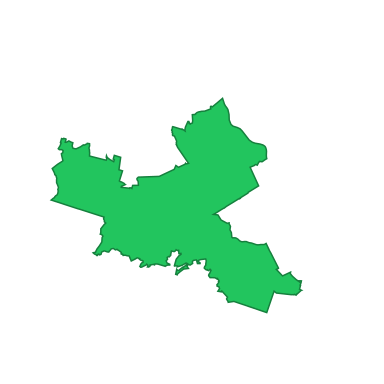 outline of Cenu pag., Ozolnieku, Latvia, rotated 205°
{"feature_id": "27541924B81611305918956", "entity_name": "Cenu pag.", "entity_type": "district", "adm_level": 2, "iso_a3": "LVA", "parent_name": "Latvia", "parent_adm1": "Ozolnieku", "projection": "orthographic", "projection_center": [23.864, 56.687], "detail": "fine", "context": "isolated", "style": "filled", "palette": "green", "viewbox_px": 384, "rotation_deg": 205, "n_neighbors": 0, "source": "geoboundaries", "source_scale": "gbopen_adm2", "svg_char_len": 6058}
<svg xmlns="http://www.w3.org/2000/svg" viewBox="0 0 384 384"><g transform="rotate(205 192 192)"><path d="M140.8,214.7L140.9,215.5L134.2,225.7L149.8,239.0L146.6,242.5L146.6,242.9L145.8,243.9L144.2,243.9L144.1,246.4L143.8,247.8L143.8,248.2L141.3,249.0L140.4,250.4L139.8,251.6L138.3,253.8L139.3,255.1L140.2,256.8L141.7,260.4L142.7,262.0L144.2,263.6L145.2,264.2L146.6,264.5L147.7,264.6L150.7,264.2L155.4,262.9L158.3,262.6L162.0,263.2L172.5,268.6L175.2,269.6L178.2,269.6L182.6,269.0L185.2,269.7L188.7,273.0L191.2,277.9L194.3,281.9L195.9,283.0L198.2,284.2L199.8,285.4L203.9,289.8L209.5,277.8L211.0,277.8L211.3,277.3L210.8,276.1L210.1,275.3L214.6,270.7L217.9,268.9L218.1,268.5L218.9,268.1L219.8,267.4L221.0,266.2L221.9,264.3L221.7,264.1L222.1,263.5L222.9,263.0L223.7,262.7L224.4,262.2L221.5,256.9L220.8,254.6L222.2,253.4L222.2,252.9L223.3,252.8L223.8,253.1L223.8,253.8L224.7,254.6L225.5,254.2L225.4,248.0L224.6,245.0L224.1,244.4L227.6,244.9L227.6,244.4L228.0,244.4L235.3,243.4L237.1,243.1L237.2,242.8L236.5,240.2L236.7,239.7L236.5,239.3L235.4,238.6L235.3,238.2L235.3,237.7L235.1,237.5L234.0,236.6L234.0,235.9L233.7,235.3L233.0,235.0L232.2,235.2L231.5,235.2L228.5,232.6L227.4,231.5L227.1,230.7L227.2,230.3L226.2,228.6L225.4,227.8L225.6,227.8L223.8,226.3L207.2,216.5L209.0,215.1L209.3,215.0L210.0,215.3L210.0,214.5L210.3,213.9L214.7,208.7L217.8,209.2L217.7,205.0L228.3,192.3L246.9,182.8L247.6,181.0L247.0,179.9L245.3,178.9L243.4,175.4L248.6,172.9L248.0,169.8L248.9,170.0L250.2,169.5L250.2,168.8L250.8,168.8L258.1,166.3L258.4,167.3L255.7,170.4L256.0,170.4L256.5,170.9L257.1,171.1L260.1,171.3L261.4,171.1L262.5,171.3L263.9,181.8L267.6,181.3L271.3,193.3L277.9,192.4L277.3,188.5L276.1,188.5L275.8,186.4L280.2,186.7L283.5,187.5L284.8,188.7L284.4,187.2L283.5,186.6L283.2,184.5L300.1,181.3L300.3,181.9L300.9,183.1L301.2,184.2L301.7,184.8L302.8,186.9L304.0,188.3L304.3,190.6L305.3,192.5L307.3,191.9L307.2,191.7L309.6,188.8L310.4,188.8L312.1,185.9L315.3,182.1L318.3,181.3L320.1,183.1L320.8,186.3L323.1,186.1L324.8,186.3L325.6,186.0L325.8,185.3L327.2,183.7L327.9,183.5L328.5,186.7L328.7,186.8L331.0,186.4L331.4,185.5L332.8,185.3L332.1,181.1L331.3,181.0L331.1,178.3L331.5,174.7L330.1,174.3L328.1,175.3L326.4,175.1L325.7,172.9L326.6,171.6L326.0,170.6L322.2,165.8L322.4,165.2L325.6,160.2L328.6,154.2L324.8,151.2L323.6,149.7L322.0,149.3L321.6,148.5L320.4,147.4L319.9,145.8L318.6,143.1L317.8,142.5L315.1,139.9L314.9,139.4L314.6,137.4L313.8,136.6L313.1,134.3L313.0,132.5L313.9,131.0L314.3,129.9L314.3,128.7L314.9,128.0L316.2,125.2L288.3,128.6L286.6,128.9L261.2,132.1L260.8,130.3L259.3,129.1L258.9,128.0L257.1,127.4L257.9,125.2L259.1,120.1L257.6,116.9L257.3,115.0L256.0,115.3L254.1,114.4L254.2,112.7L252.6,108.6L253.2,103.9L254.0,100.3L254.1,98.0L253.9,96.6L255.2,95.8L255.9,95.1L254.2,94.6L252.1,94.6L251.4,94.2L251.0,94.4L251.0,95.6L250.8,96.0L250.2,96.4L249.8,95.9L249.2,95.9L248.2,96.9L248.1,97.5L248.4,98.5L248.4,99.3L248.3,99.8L247.5,100.5L247.0,101.3L246.4,101.6L243.5,101.9L242.1,102.4L241.9,102.8L242.0,103.3L241.4,104.9L241.3,105.6L241.1,106.4L239.3,107.6L237.3,107.2L236.6,107.3L236.2,108.0L235.6,108.4L235.0,108.1L233.5,108.0L231.0,107.5L230.6,107.3L230.3,106.4L230.0,105.9L229.5,105.9L228.6,106.4L228.4,106.3L227.9,105.3L228.1,105.1L225.9,106.5L223.8,106.8L222.0,107.5L217.9,103.8L215.0,107.4L215.1,107.5L213.8,109.2L211.2,109.5L211.2,108.8L209.2,108.5L207.7,109.0L207.4,108.9L206.7,107.9L206.7,107.5L207.4,106.8L208.0,104.8L207.7,103.6L207.9,102.6L206.8,102.1L205.9,102.6L204.3,104.6L202.5,106.7L202.5,107.4L201.1,107.0L200.6,105.8L200.7,105.3L199.7,105.6L198.8,106.7L198.9,107.8L199.1,108.0L198.6,108.3L198.7,108.5L196.2,110.2L195.9,110.0L195.1,110.1L195.1,111.2L192.6,112.2L185.2,113.3L185.3,113.5L184.5,113.9L183.5,115.3L181.3,116.4L181.6,117.1L184.7,117.1L185.8,118.2L186.4,118.7L185.7,120.6L186.9,122.2L186.0,123.6L185.3,123.5L184.5,125.5L185.0,126.1L184.8,126.5L185.1,127.0L185.2,128.0L185.8,129.6L185.5,130.0L184.2,130.1L182.9,130.5L182.3,131.4L182.0,132.3L182.0,133.0L180.4,132.8L179.5,133.5L177.8,130.6L176.1,131.7L175.6,130.8L176.9,128.7L177.9,124.4L176.8,117.7L176.6,117.5L175.6,118.2L174.0,118.8L173.7,117.9L170.1,121.3L169.0,122.8L167.4,125.1L165.8,125.2L166.0,123.1L166.5,123.4L168.1,119.8L168.5,120.1L170.2,116.9L170.6,115.6L171.9,114.9L173.2,115.5L172.0,110.5L170.4,110.7L170.5,111.2L170.4,111.8L169.2,114.5L167.0,118.6L162.9,121.2L164.8,122.3L165.2,124.6L162.8,125.0L161.2,127.5L162.2,128.9L162.1,129.8L161.8,130.6L159.4,132.3L158.9,131.9L156.8,129.4L154.5,130.5L154.6,131.1L157.1,131.8L157.4,132.5L155.9,134.2L151.3,137.1L150.0,135.6L149.1,132.6L148.6,131.5L149.0,129.7L148.8,128.3L148.6,128.1L146.6,127.5L145.9,127.5L145.3,128.1L144.9,127.7L143.6,127.8L143.0,129.6L141.7,129.1L141.6,125.9L141.8,125.2L141.8,123.7L141.4,123.1L139.4,122.0L135.5,123.8L134.4,124.0L133.1,123.8L132.5,124.4L131.8,124.0L131.9,123.7L131.2,123.7L130.1,123.1L129.8,122.6L130.2,122.1L129.6,121.4L129.8,119.8L130.2,118.6L129.8,118.3L129.7,117.4L128.6,117.3L127.6,117.5L126.2,116.1L126.6,113.0L123.2,113.9L123.3,114.8L123.2,114.9L115.4,111.7L115.5,109.7L114.9,109.2L112.6,107.7L112.5,107.4L107.8,110.5L107.3,110.6L73.3,114.3L75.7,136.8L72.8,136.1L58.6,140.9L57.0,141.7L56.2,141.9L56.0,142.5L54.1,142.5L54.1,143.5L53.8,143.5L51.5,148.9L51.2,149.2L53.4,149.2L54.0,152.1L54.2,153.3L54.7,153.3L54.8,155.6L55.3,157.7L57.6,156.7L56.9,156.0L60.5,156.6L65.4,158.1L68.1,159.4L68.4,159.6L68.8,161.0L74.5,154.2L82.9,157.5L81.4,159.3L81.4,159.5L95.0,170.2L96.9,171.5L97.1,171.7L98.3,172.6L99.3,173.5L99.2,173.5L103.1,176.7L104.1,175.2L104.8,174.7L107.4,173.5L109.2,172.3L110.5,171.7L111.8,171.4L116.5,170.9L118.9,170.2L121.9,170.0L123.3,169.4L125.4,168.1L126.6,167.8L128.3,167.9L130.2,168.6L132.3,168.9L133.5,168.7L135.9,167.6L136.8,167.9L139.2,171.9L141.4,173.6L141.7,174.0L142.0,175.0L142.6,177.1L144.7,178.7L145.1,179.2L145.3,179.7L147.0,178.5L153.8,178.9L158.8,182.2L163.0,180.8L160.1,185.1L159.2,186.5L159.3,186.5L156.5,190.6L156.0,191.0L154.8,193.4L146.6,205.8L146.2,206.0L146.1,205.9L145.5,206.7L145.8,207.0L140.8,214.7Z" fill="#22c55e" stroke="#15803d" stroke-width="1.5"/></g></svg>